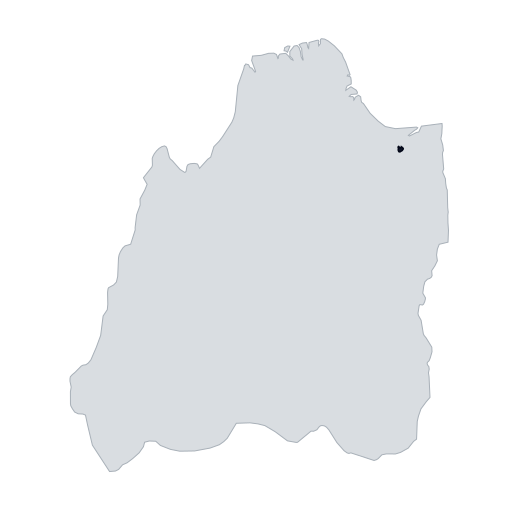 Ijebu North East, Ogun, Nigeria (highlighted), rotated 176°
{"feature_id": "59680162B36139632039116", "entity_name": "Ijebu North East", "entity_type": "district", "adm_level": 2, "iso_a3": "NGA", "parent_name": "Nigeria", "parent_adm1": "Ogun", "projection": "equal_earth", "projection_center": [3.998, 6.879], "detail": "fine", "context": "in_parent", "style": "filled", "palette": "ink", "viewbox_px": 512, "rotation_deg": 176, "n_neighbors": 0, "source": "geoboundaries", "source_scale": "gbopen_adm2", "svg_char_len": 4439}
<svg xmlns="http://www.w3.org/2000/svg" viewBox="0 0 512 512"><g transform="rotate(176 256 256)"><path d="M417.1,51.2L432.4,78.7L435.8,99.2L437.2,109.2L439.7,110.4L444.4,111.0L447.8,113.0L449.8,116.4L451.2,119.5L451.4,121.4L450.6,133.6L449.5,138.1L450.3,144.1L450.1,146.7L449.6,148.5L447.5,150.5L444.7,152.5L438.0,158.4L436.1,159.2L433.3,159.4L430.8,160.9L427.9,164.0L421.8,175.8L416.5,187.6L412.7,206.8L408.1,212.8L407.2,218.1L406.6,230.0L405.9,233.6L405.2,234.7L400.1,237.0L397.1,239.7L395.4,245.2L393.3,263.6L392.5,266.6L390.9,269.8L388.3,273.3L386.0,275.2L380.2,276.5L374.7,290.4L374.6,292.8L372.2,305.4L368.0,314.9L367.7,321.0L362.4,329.4L359.6,335.1L362.5,341.1L362.8,342.0L353.6,352.1L353.0,353.7L352.7,360.6L351.9,362.5L350.3,365.1L347.8,367.9L345.2,370.1L342.4,371.6L339.6,372.2L338.1,371.3L337.2,369.2L335.6,360.6L334.8,358.8L333.0,357.1L325.8,347.7L321.4,344.4L320.5,344.6L319.8,345.5L318.6,350.3L317.4,352.0L315.1,352.6L311.2,352.7L308.3,352.0L307.6,351.1L306.2,347.4L297.4,355.9L294.3,357.8L290.4,368.0L284.8,373.0L281.0,377.4L270.7,391.2L268.6,395.3L266.6,401.3L262.2,427.3L255.2,443.5L254.2,446.9L253.8,446.8L252.8,448.3L250.1,447.3L248.8,444.3L247.1,443.8L244.2,439.4L243.5,440.1L246.7,451.3L245.5,455.7L236.8,455.8L229.3,457.3L224.1,457.1L221.5,455.6L220.4,451.4L219.9,451.8L219.7,454.0L218.0,455.8L212.2,456.1L209.7,453.3L207.6,450.1L205.4,448.7L205.7,450.0L208.3,453.1L208.0,457.6L203.3,462.8L200.3,463.1L198.5,460.9L197.5,457.2L197.1,451.8L195.8,448.3L195.2,448.3L196.0,454.1L196.0,459.6L198.3,463.9L194.8,465.2L190.7,465.4L190.2,463.8L189.7,460.3L189.0,459.3L188.2,465.3L179.7,467.0L178.6,466.7L178.3,465.6L178.9,464.0L178.8,461.3L176.9,463.4L176.6,467.5L175.6,468.2L172.4,467.6L168.9,465.4L163.2,460.2L156.2,451.7L155.1,447.9L153.1,443.2L149.5,430.3L150.1,429.7L151.7,430.4L152.5,429.2L149.6,428.3L149.0,427.4L148.8,424.5L149.0,421.0L153.3,419.2L154.4,417.1L154.9,415.0L149.5,418.2L144.5,414.5L143.4,412.3L143.9,410.6L149.8,410.5L151.9,408.8L150.6,408.3L148.4,408.3L147.5,407.2L147.6,404.6L146.9,405.2L145.9,407.5L142.5,409.2L140.5,407.5L140.3,403.7L139.9,401.9L138.2,400.6L132.2,390.4L124.7,382.0L118.0,376.1L108.0,373.3L86.9,373.4L85.7,372.6L87.0,371.3L88.9,370.4L95.6,365.7L94.5,365.0L87.4,368.0L85.0,368.3L81.9,374.0L61.2,375.2L61.2,372.6L62.1,365.1L63.4,360.0L62.0,353.7L61.7,348.1L62.6,346.3L62.9,344.2L62.7,329.7L63.8,327.5L63.8,326.1L61.7,319.9L61.7,315.1L61.3,310.5L60.6,308.5L61.4,290.8L61.2,286.4L61.8,283.3L62.2,275.7L62.2,268.2L63.5,256.4L72.4,254.9L74.6,250.2L75.8,244.4L75.4,238.6L78.3,233.6L81.8,229.1L81.7,224.1L82.6,222.6L84.3,221.5L86.6,220.9L89.3,218.5L90.8,214.2L92.2,207.3L89.9,202.5L90.0,201.4L90.8,198.9L92.2,196.3L93.3,195.5L95.9,196.1L96.7,195.1L98.4,187.5L98.2,185.5L95.8,180.4L94.5,166.7L93.8,164.9L92.0,162.4L87.0,152.8L87.1,148.2L89.2,142.4L90.6,139.5L92.5,137.9L92.8,136.6L92.3,135.0L91.3,133.7L91.1,131.1L92.1,127.4L91.8,123.4L92.3,102.8L96.3,98.8L102.1,92.0L105.1,85.0L106.7,79.7L108.6,62.1L111.7,60.1L117.6,53.7L125.5,50.0L130.7,48.8L139.7,49.5L144.3,48.9L148.2,45.4L150.0,44.4L152.5,43.8L175.1,53.0L177.1,52.6L178.8,53.2L181.7,55.6L188.3,64.2L195.4,77.4L197.6,80.3L199.7,81.8L202.0,82.3L203.6,82.1L205.2,80.9L207.4,78.4L210.7,77.2L213.4,77.4L227.5,67.3L228.8,67.2L237.5,69.4L249.3,79.5L259.0,86.2L265.8,88.4L273.7,90.0L287.3,90.5L297.4,76.2L301.1,73.1L305.7,70.3L315.2,67.6L330.9,65.8L345.7,66.6L354.9,69.1L364.6,73.7L368.9,78.2L375.4,78.9L380.1,78.0L381.6,73.6L386.3,67.8L393.3,62.4L399.0,58.7L403.7,57.0L407.9,52.7L411.2,51.3L417.1,51.2ZM212.8,461.9L209.6,463.3L207.5,462.9L210.4,457.0L211.8,458.3L213.7,458.8L212.8,461.9Z" fill="#d9dde1" stroke="#a8b0b8" stroke-width="1"/><path d="M106.8,351.8L106.5,351.1L106.4,350.3L105.9,350.4L105.8,350.2L105.4,349.8L105.2,349.7L105.1,349.8L105.0,350.2L105.0,350.4L104.5,350.3L103.9,350.4L103.8,350.5L103.5,350.8L103.4,350.9L103.2,350.8L102.9,350.9L102.8,351.0L102.6,351.2L102.5,351.5L102.3,351.9L101.9,352.0L101.8,352.3L101.8,352.5L101.7,352.6L101.6,352.9L101.8,353.2L102.0,353.2L102.1,353.4L102.1,353.5L102.2,354.0L102.7,354.3L102.8,354.3L103.0,354.4L103.1,354.5L103.1,354.4L103.2,354.2L103.3,354.2L103.5,354.2L103.6,354.3L103.8,354.4L104.0,354.3L104.0,353.9L104.1,353.7L104.3,354.0L104.5,354.1L104.7,353.9L105.0,353.8L105.5,354.3L105.7,354.9L105.8,355.2L105.9,355.3L106.0,355.4L106.4,355.2L106.6,354.8L106.7,354.0L106.4,353.4L106.7,352.0L106.7,351.9L106.8,351.8L106.8,351.8Z" fill="#0f172a" stroke="#020617" stroke-width="1.5"/></g></svg>